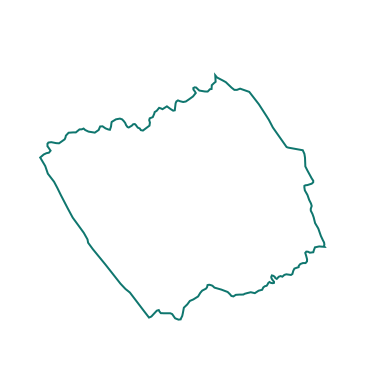 outline of San Jacinto, Canelones, Uruguay, rotated 233°
{"feature_id": "84410073B72021861156852", "entity_name": "San Jacinto", "entity_type": "district", "adm_level": 2, "iso_a3": "URY", "parent_name": "Uruguay", "parent_adm1": "Canelones", "projection": "robinson", "projection_center": [-55.825, -34.536], "detail": "fine", "context": "isolated", "style": "outline", "palette": "teal", "viewbox_px": 384, "rotation_deg": 233, "n_neighbors": 0, "source": "geoboundaries", "source_scale": "gbopen_adm2", "svg_char_len": 3053}
<svg xmlns="http://www.w3.org/2000/svg" viewBox="0 0 384 384"><g transform="rotate(233 192 192)"><path d="M208.0,297.2L221.8,298.2L237.5,298.0L245.6,292.6L246.5,289.4L248.1,287.3L251.5,286.4L259.4,285.1L262.3,283.8L268.4,280.9L271.2,280.8L268.8,279.2L265.8,277.2L265.7,274.9L265.4,272.1L262.5,269.6L263.3,268.1L263.0,266.5L262.8,265.0L264.5,262.8L268.6,258.9L270.8,258.5L272.9,258.2L274.0,257.1L274.2,255.6L272.9,254.8L270.7,254.8L268.8,254.6L267.7,250.3L267.8,245.5L268.0,241.5L269.2,239.1L271.8,237.0L273.6,235.9L273.7,234.0L272.7,232.3L269.7,229.4L267.6,227.4L268.3,225.9L271.2,224.8L275.5,223.5L275.9,218.3L277.6,217.4L279.0,216.4L278.1,212.7L278.3,210.3L277.2,208.9L275.4,205.7L276.3,202.6L275.2,201.1L272.8,200.2L270.6,198.0L270.6,192.0L270.6,189.8L272.2,188.4L274.2,188.5L275.9,187.5L277.7,187.4L279.1,187.5L280.7,187.2L281.5,185.8L281.2,183.8L281.6,180.3L282.6,179.6L285.0,179.6L287.4,180.2L289.6,180.2L292.1,179.9L294.0,178.6L295.8,175.0L296.3,170.1L295.6,169.2L293.0,166.7L291.1,163.9L292.3,162.8L294.9,161.2L298.3,160.1L299.6,158.1L298.9,156.8L297.7,154.8L297.9,150.1L299.9,148.2L302.5,145.7L305.8,144.0L307.9,143.6L308.4,141.7L309.7,139.8L309.5,135.1L310.9,133.3L313.6,129.1L312.9,125.2L311.7,123.8L310.7,122.0L310.9,115.1L312.8,112.9L316.5,109.6L317.9,107.1L317.5,105.6L315.5,104.1L313.4,104.1L310.1,103.9L309.5,101.4L310.6,99.1L311.2,96.2L310.9,91.5L301.0,90.4L293.4,87.9L283.2,88.0L276.3,86.9L268.5,85.4L253.7,82.9L243.3,81.3L235.4,81.2L224.5,81.0L217.0,80.0L214.0,78.5L206.0,78.4L186.1,79.2L161.9,79.7L154.6,80.5L149.1,81.9L125.4,82.0L117.6,82.1L117.0,84.6L117.6,87.9L118.4,92.5L117.7,94.4L116.1,94.1L114.0,94.2L112.3,96.3L108.2,101.7L106.4,102.7L104.1,102.6L101.3,102.5L98.2,104.4L97.1,106.3L97.7,107.2L98.9,109.6L100.6,111.6L104.5,115.9L105.1,120.7L106.3,124.7L105.4,128.4L104.9,134.0L106.5,138.0L107.1,140.8L106.4,145.0L106.9,146.7L108.3,148.4L107.6,149.9L106.4,150.9L104.9,151.9L102.1,152.4L96.4,156.7L90.7,160.3L87.6,160.8L85.3,160.9L83.7,162.2L83.5,165.1L81.8,167.7L79.2,171.3L79.0,172.8L78.1,175.1L76.6,178.6L73.4,181.3L73.1,185.8L71.7,189.2L72.9,191.5L72.9,193.4L72.2,195.2L72.7,196.7L73.4,198.1L73.5,199.7L71.8,200.4L70.5,201.7L70.1,202.8L71.0,203.5L72.3,203.4L74.0,203.4L75.7,203.7L76.5,204.2L77.3,205.6L76.1,206.5L74.5,207.0L73.1,206.8L71.6,207.4L71.8,208.7L72.1,210.3L71.5,212.2L70.0,213.2L70.2,215.9L69.5,217.8L66.2,221.1L66.1,222.8L68.2,225.6L69.2,227.7L68.5,230.0L67.8,231.9L68.8,232.9L69.3,235.2L68.5,237.8L66.9,239.9L67.4,242.1L69.0,243.4L72.4,244.8L75.2,245.8L75.6,247.4L74.5,248.7L72.6,249.6L70.9,252.6L72.1,254.2L73.8,256.9L72.0,260.8L68.4,264.9L69.4,264.9L70.4,266.1L72.2,267.1L75.2,267.6L79.4,268.5L86.9,270.9L93.1,271.6L98.5,273.9L102.0,275.0L105.5,275.6L107.0,276.6L108.8,279.2L111.2,280.1L115.1,280.8L120.1,282.4L125.4,283.1L128.2,284.6L129.3,285.5L129.1,286.6L128.1,288.3L126.6,292.6L126.8,294.6L128.0,295.6L130.9,295.8L139.7,297.1L144.2,297.9L151.4,302.9L154.8,304.7L158.7,305.6L160.3,304.1L169.6,295.5L171.0,294.6L194.9,295.4L203.3,296.8L208.0,297.2Z" fill="none" stroke="#0f766e" stroke-width="2"/></g></svg>